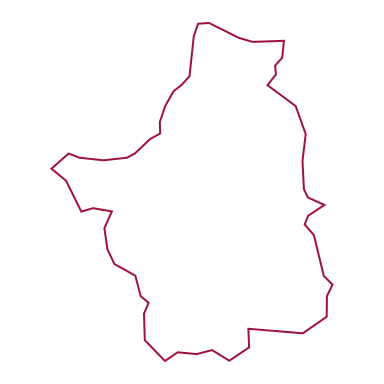 Limavady, Natural Earth projection
{"feature_id": "GBR-2102", "entity_name": "Limavady", "entity_type": "District", "adm_level": 1, "iso_a3": "GBR", "parent_name": "United Kingdom", "parent_adm1": "", "projection": "natural_earth1", "projection_center": [-6.961, 55.005], "detail": "fine", "context": "isolated", "style": "outline", "palette": "rose", "viewbox_px": 384, "rotation_deg": 0, "n_neighbors": 0, "source": "natural_earth", "source_scale": "10m", "svg_char_len": 824}
<svg xmlns="http://www.w3.org/2000/svg" viewBox="0 0 384 384"><path d="M68.4,153.5L79.4,157.7L103.3,160.3L127.1,157.7L135.0,153.4L150.1,139.0L160.2,133.5L159.8,122.1L165.3,105.8L173.6,91.2L181.5,85.0L189.5,76.3L193.8,36.1L198.1,23.7L209.0,23.0L238.9,37.9L252.6,41.9L283.9,40.8L283.1,49.0L282.2,57.7L275.1,65.6L275.9,74.5L267.5,85.2L295.7,106.1L305.7,134.1L302.5,161.0L303.9,189.2L307.9,197.5L324.4,205.0L308.1,215.8L304.7,224.5L313.9,235.1L323.8,275.9L332.5,284.6L326.9,296.2L326.7,316.7L302.8,333.3L248.4,328.8L249.1,347.4L229.3,360.7L212.1,350.1L196.6,354.1L177.7,352.3L165.0,361.0L144.8,340.2L144.0,313.7L148.6,302.8L140.7,296.2L135.3,275.7L114.4,264.0L107.4,249.2L104.4,228.2L111.9,211.4L93.0,208.2L81.3,211.6L66.1,180.8L51.5,168.7L67.8,154.2L68.3,153.5L68.4,153.5Z" fill="none" stroke="#9f1239" stroke-width="2"/></svg>